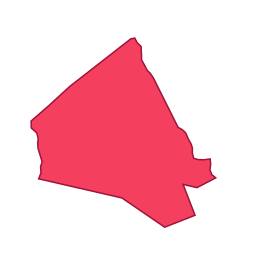 Alagoinha, Paraíba, Brazil, rotated 192°
{"feature_id": "56859067B68109418680898", "entity_name": "Alagoinha", "entity_type": "district", "adm_level": 2, "iso_a3": "BRA", "parent_name": "Brazil", "parent_adm1": "Paraíba", "projection": "mercator", "projection_center": [-35.53, -6.971], "detail": "fine", "context": "isolated", "style": "filled", "palette": "rose", "viewbox_px": 256, "rotation_deg": 192, "n_neighbors": 0, "source": "geoboundaries", "source_scale": "gbopen_adm2", "svg_char_len": 677}
<svg xmlns="http://www.w3.org/2000/svg" viewBox="0 0 256 256"><g transform="rotate(192 128 128)"><path d="M143.9,215.7L193.5,156.7L210.2,133.3L224.2,114.7L222.6,107.9L216.2,104.2L213.6,98.9L213.2,94.3L211.8,89.4L208.7,83.8L204.9,77.0L205.5,72.1L203.8,66.0L204.8,59.7L119.4,58.3L71.5,38.6L44.3,56.6L62.4,84.3L48.1,84.0L31.8,97.5L36.3,99.8L39.2,104.2L39.6,109.8L41.2,114.8L47.5,112.6L52.6,111.7L57.3,111.9L59.8,116.6L60.7,121.4L62.7,125.2L66.8,129.9L70.7,135.4L74.7,137.7L79.2,139.1L113.8,182.5L117.4,185.9L121.6,188.8L125.1,193.1L129.0,197.6L129.8,201.7L131.0,205.9L132.1,210.4L136.8,213.4L140.1,217.4L143.9,215.7Z" fill="#f43f5e" stroke="#9f1239" stroke-width="1.5"/></g></svg>